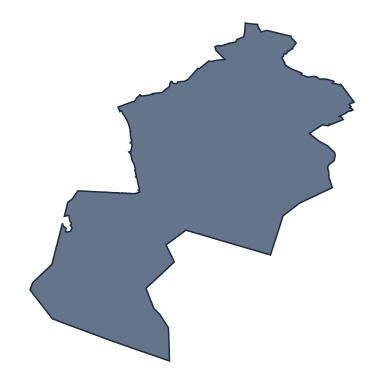 Hengelo (O), Overijssel, Netherlands (Natural Earth projection)
{"feature_id": "6326949B60832085423850", "entity_name": "Hengelo (O)", "entity_type": "district", "adm_level": 2, "iso_a3": "NLD", "parent_name": "Netherlands", "parent_adm1": "Overijssel", "projection": "natural_earth1", "projection_center": [6.781, 52.252], "detail": "fine", "context": "isolated", "style": "filled", "palette": "slate", "viewbox_px": 384, "rotation_deg": 0, "n_neighbors": 0, "source": "geoboundaries", "source_scale": "gbopen_adm2", "svg_char_len": 5582}
<svg xmlns="http://www.w3.org/2000/svg" viewBox="0 0 384 384"><path d="M118.0,107.1L119.7,111.3L119.9,111.6L120.0,111.5L121.1,110.9L122.1,111.8L122.5,113.1L123.0,113.9L123.4,114.3L124.0,115.0L124.2,115.3L125.4,117.4L125.9,118.5L126.7,120.1L127.2,120.5L128.2,123.0L129.0,125.4L129.3,126.5L129.6,127.7L129.9,128.9L130.1,130.2L130.3,131.2L130.3,131.6L130.5,131.6L130.5,131.8L130.3,131.8L130.5,132.1L130.4,132.4L130.3,133.9L131.1,139.1L131.3,139.2L131.5,140.1L131.8,140.2L131.9,140.3L132.0,140.4L131.6,141.1L130.6,142.7L130.4,142.6L130.2,142.8L131.7,143.4L131.7,144.4L132.0,144.5L132.0,144.9L132.1,145.8L131.9,146.1L131.7,147.4L131.4,148.7L130.8,151.3L130.8,151.5L130.6,151.3L128.8,151.9L129.5,152.7L131.0,154.6L131.1,156.3L131.8,157.9L131.8,158.2L131.7,158.6L132.0,159.9L132.4,161.1L133.1,162.3L133.7,163.5L134.2,164.7L134.6,166.0L135.3,169.2L134.9,170.2L135.1,170.3L135.0,170.5L135.3,170.6L135.6,172.9L135.9,174.3L136.3,175.8L136.2,176.0L135.6,177.0L136.8,177.4L137.3,179.7L138.0,183.4L139.3,189.1L139.2,189.2L138.6,189.8L138.2,190.0L139.7,191.9L139.1,192.2L137.7,192.8L136.4,193.2L135.1,193.5L133.8,193.6L132.4,193.6L131.3,193.5L131.0,193.4L130.8,193.6L130.6,193.7L130.4,193.8L129.6,193.7L129.4,193.3L127.4,193.4L126.6,193.5L126.5,193.4L126.5,193.5L126.4,193.5L126.4,193.4L125.3,193.3L124.8,193.2L124.2,193.1L123.2,193.1L122.8,192.9L122.4,192.9L122.5,193.2L118.7,193.0L118.7,192.8L116.7,192.7L116.2,192.8L109.0,192.5L108.5,192.3L104.1,192.1L102.6,192.1L93.9,191.7L91.5,191.6L89.1,191.4L88.8,191.3L83.2,191.1L78.1,190.9L77.8,190.9L77.6,191.1L77.2,191.6L76.8,192.2L76.4,193.0L75.0,195.1L73.5,197.2L72.6,198.4L71.7,199.4L69.8,200.8L67.9,202.2L64.3,216.3L68.4,215.4L68.9,215.6L69.2,217.8L69.3,218.0L69.9,221.1L70.8,222.1L71.1,222.7L71.4,223.9L71.3,224.1L71.0,224.5L70.3,225.2L70.8,225.9L71.5,226.7L71.8,227.4L72.0,227.9L72.0,228.3L71.7,228.7L71.4,228.9L71.2,229.2L71.2,229.6L70.7,231.2L70.5,231.4L70.2,231.5L69.8,231.5L69.4,231.6L69.1,231.6L68.6,231.7L67.8,231.8L66.4,231.9L66.1,231.9L65.8,231.7L65.7,231.5L65.6,231.1L65.7,230.0L65.9,229.4L66.2,228.9L66.2,228.6L66.1,228.2L65.9,228.0L65.0,227.5L64.7,227.1L64.4,227.0L63.7,226.5L63.2,225.8L62.9,225.2L62.8,224.7L62.5,223.3L61.0,228.7L61.1,229.1L61.1,229.4L60.8,229.8L51.8,264.5L32.6,282.7L30.0,289.9L33.6,294.5L52.3,318.8L71.9,326.2L90.9,333.2L109.1,340.0L134.9,349.0L135.0,349.1L155.5,356.1L168.6,360.7L169.5,361.0L169.3,353.5L169.2,349.7L169.0,344.0L168.7,334.2L168.4,327.7L165.3,322.9L162.7,319.0L161.8,317.5L160.0,314.7L154.0,308.6L149.5,297.3L146.0,288.3L162.1,273.4L163.3,272.2L164.7,270.9L174.3,261.8L167.9,248.7L166.0,244.9L171.9,240.6L173.3,239.6L173.5,239.4L185.9,230.2L270.5,255.0L283.0,215.9L298.8,203.7L299.6,203.1L313.3,196.7L322.7,192.2L332.5,187.6L331.9,186.6L330.3,181.4L329.8,179.8L329.4,179.0L328.9,177.2L328.8,172.7L328.6,171.5L327.6,167.8L328.0,166.6L328.5,165.1L334.2,160.6L335.2,155.5L335.1,155.2L334.6,152.6L327.6,145.8L319.2,141.2L309.2,133.5L322.4,124.9L328.1,125.8L329.7,125.1L329.5,124.9L329.2,124.2L332.3,124.0L335.3,122.8L339.2,121.2L341.5,120.3L343.3,119.6L341.3,117.0L339.4,116.3L340.1,116.0L340.2,115.9L342.7,114.7L346.7,112.7L347.2,112.2L347.4,111.4L351.1,110.9L352.9,110.0L352.9,109.8L352.8,109.6L352.4,109.2L352.0,109.0L351.9,108.9L351.2,108.6L350.8,108.4L350.5,108.1L350.4,108.0L350.3,107.8L350.2,107.8L349.9,107.5L351.1,106.8L349.2,104.3L350.8,103.5L352.2,103.0L353.9,102.2L354.0,102.2L353.6,101.5L353.7,101.3L353.6,101.2L353.2,100.7L352.4,99.7L351.9,99.3L350.5,97.4L349.5,95.9L347.9,93.7L346.7,92.1L344.3,89.0L344.0,88.7L343.6,88.0L343.4,87.7L341.3,84.8L340.7,84.2L340.1,84.8L332.5,83.2L333.6,82.0L333.9,81.3L326.1,79.0L325.8,79.5L323.6,78.8L321.6,79.1L319.4,79.1L317.2,77.2L316.1,76.7L313.7,76.4L308.0,77.1L301.0,74.7L302.0,73.3L291.0,68.7L290.6,68.5L290.2,68.3L288.6,67.0L288.0,66.8L287.0,66.2L286.1,65.6L285.4,65.0L285.1,64.8L285.0,63.8L284.9,63.2L284.8,62.9L283.6,60.8L282.6,59.0L282.1,58.2L282.3,56.5L283.5,56.4L283.6,55.8L283.8,54.3L283.9,53.8L284.1,53.8L284.5,53.7L284.9,53.6L285.3,53.7L285.4,53.8L285.5,53.7L286.1,53.9L286.3,53.9L286.4,53.7L286.5,53.7L287.6,51.4L287.9,51.7L288.6,51.4L291.4,49.1L292.7,48.8L292.3,48.3L296.2,42.9L295.0,41.6L293.9,40.4L291.7,38.1L291.5,37.8L291.4,37.5L291.2,36.5L291.1,36.3L281.2,33.9L267.3,30.5L267.0,30.4L261.0,31.9L258.4,27.2L257.8,25.7L257.7,25.1L257.7,24.4L251.9,23.9L245.6,23.2L245.3,23.0L245.1,24.0L245.2,25.3L245.1,26.0L245.1,26.3L245.1,26.5L245.0,27.2L245.0,27.5L244.9,29.3L244.8,30.2L244.8,30.3L244.9,30.5L244.8,30.8L244.7,31.3L244.1,35.1L243.9,35.9L243.8,36.3L243.8,36.6L243.6,36.9L243.3,36.9L243.1,37.0L237.0,39.4L235.7,41.8L235.4,42.0L234.0,42.3L231.5,43.0L231.0,43.0L230.5,43.1L230.0,43.1L228.1,43.4L228.1,43.6L228.3,43.8L228.1,43.9L226.8,44.3L225.9,44.3L225.4,44.4L224.3,44.9L224.1,44.9L222.9,45.4L222.2,45.6L221.1,45.8L220.4,45.8L220.0,45.7L219.6,45.6L219.4,45.5L218.6,45.6L217.8,45.6L217.7,45.6L214.9,46.8L215.9,50.4L224.9,59.4L217.7,60.2L215.2,60.5L211.5,61.4L210.8,61.4L208.7,61.0L199.2,68.9L197.9,68.3L188.2,79.4L183.8,81.5L183.1,81.4L180.9,81.5L179.8,81.8L177.9,81.8L177.1,83.2L176.9,83.5L176.6,83.6L176.4,83.7L175.6,83.6L173.9,83.3L173.7,83.3L172.8,83.2L172.8,82.9L171.5,81.3L171.5,80.8L171.3,81.2L171.1,81.5L170.9,81.9L170.6,82.0L170.4,82.7L170.1,83.1L169.8,84.0L169.5,86.1L169.4,86.4L169.2,86.6L169.0,86.9L161.8,92.5L152.8,93.6L153.1,94.0L148.3,95.2L143.2,95.9L142.6,96.0L142.2,96.0L141.7,95.9L140.8,95.7L140.5,95.6L140.3,95.3L140.3,94.9L139.7,94.8L138.4,96.6L138.2,96.9L137.8,96.9L137.7,96.9L137.5,97.0L137.4,97.1L134.3,101.4L134.1,101.5L133.0,101.8L132.2,101.8L118.0,107.1Z" fill="#64748b" stroke="#1e293b" stroke-width="1.5"/></svg>